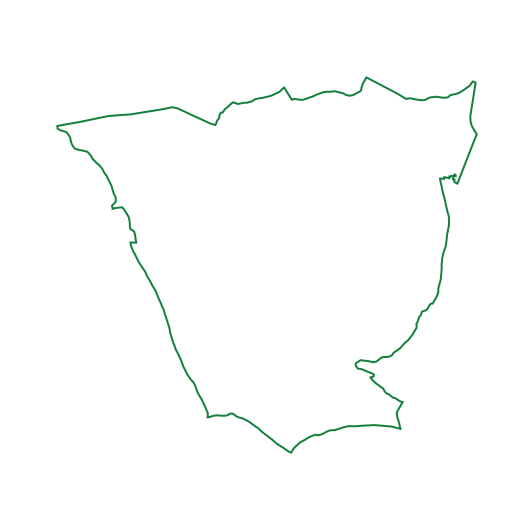 outline of Tlaquilpa, Veracruz, Mexico, rotated 185°
{"feature_id": "50627088B52599257884021", "entity_name": "Tlaquilpa", "entity_type": "district", "adm_level": 2, "iso_a3": "MEX", "parent_name": "Mexico", "parent_adm1": "Veracruz", "projection": "mercator", "projection_center": [-97.107, 18.613], "detail": "fine", "context": "isolated", "style": "outline", "palette": "green", "viewbox_px": 512, "rotation_deg": 185, "n_neighbors": 0, "source": "geoboundaries", "source_scale": "gbopen_adm2", "svg_char_len": 5418}
<svg xmlns="http://www.w3.org/2000/svg" viewBox="0 0 512 512"><g transform="rotate(185 256 256)"><path d="M52.3,447.8L55.1,448.8L56.2,447.4L57.8,444.5L60.4,442.2L63.4,439.6L67.9,436.2L71.2,434.7L75.3,433.6L76.8,432.8L78.4,431.0L80.8,430.2L83.6,430.0L87.7,430.2L91.6,430.3L94.2,429.5L96.0,429.3L99.3,427.4L101.3,426.2L103.8,425.6L105.7,425.6L108.7,425.8L112.4,426.1L116.8,426.6L120.0,425.5L129.0,429.9L137.8,433.6L144.8,436.5L153.6,440.2L161.6,443.5L163.2,439.9L164.6,437.2L164.9,435.3L165.6,433.1L165.6,430.4L166.7,429.0L169.1,427.6L171.2,426.2L173.2,424.8L176.7,423.8L180.5,424.3L183.1,425.6L187.4,426.3L191.9,427.0L196.9,426.0L200.1,425.8L203.6,424.8L206.3,423.6L209.3,422.3L213.5,419.8L216.9,418.3L219.7,417.0L223.2,415.6L226.7,415.5L231.0,415.9L233.9,414.8L239.1,421.6L242.6,426.3L244.3,424.8L245.8,422.7L247.9,420.9L250.8,419.3L254.6,417.1L258.7,415.6L263.3,414.1L268.0,413.0L270.2,412.2L270.8,412.0L271.1,411.8L273.2,409.9L274.2,409.5L278.3,407.9L281.5,407.6L285.3,406.4L287.5,405.8L289.2,406.4L292.1,407.1L293.7,405.8L295.5,404.0L297.3,401.8L300.0,399.3L300.3,398.6L301.9,395.8L303.5,395.8L303.9,395.0L304.3,393.9L304.8,391.6L304.7,390.3L306.6,387.2L307.3,384.5L307.9,382.9L312.4,383.8L318.9,386.1L323.1,387.6L327.3,389.1L333.0,391.1L338.8,393.3L347.2,396.3L352.1,396.9L362.6,393.9L367.2,392.7L374.1,391.0L379.6,389.6L387.2,387.7L392.6,386.3L398.1,385.4L404.8,384.3L415.6,382.5L418.1,381.7L427.9,378.8L436.5,376.2L443.6,374.1L449.8,372.4L454.7,371.1L460.3,369.6L465.3,368.2L465.0,366.9L464.9,365.8L463.7,365.1L462.2,364.3L460.9,364.0L459.1,363.6L457.8,363.5L455.7,362.8L454.3,361.5L452.6,359.5L451.5,357.9L451.1,356.5L450.7,355.0L450.0,353.0L449.2,351.4L448.3,349.8L446.0,347.3L444.4,346.8L442.4,346.5L441.6,346.2L439.6,346.1L438.2,345.9L435.7,345.6L433.2,345.2L432.0,344.2L430.7,342.9L428.8,340.9L427.3,338.6L425.6,337.2L423.3,335.0L421.1,333.6L419.0,331.9L416.1,328.5L414.3,325.6L411.9,323.0L409.8,319.2L407.9,316.4L406.0,313.1L404.6,309.3L402.8,305.1L401.1,302.8L400.7,300.6L400.4,298.1L401.4,296.3L402.3,295.4L403.3,294.4L403.9,293.0L403.3,292.1L402.6,291.3L402.8,290.5L402.2,290.7L400.5,291.4L397.2,292.2L393.7,292.8L393.0,292.3L391.9,291.2L390.5,289.6L389.1,287.8L387.7,285.8L386.4,284.1L385.5,281.7L384.6,277.8L383.9,272.5L383.0,271.7L381.5,271.1L379.5,269.7L378.4,266.7L377.4,262.4L376.4,258.9L382.3,258.5L381.6,255.7L380.7,253.9L378.4,249.3L377.0,247.6L374.9,244.0L372.9,240.8L370.9,237.9L367.9,234.2L365.1,230.8L362.7,226.3L359.4,221.9L356.3,216.9L353.9,213.9L351.9,210.5L350.1,206.8L349.1,204.9L346.6,200.5L345.0,197.3L343.0,194.0L341.9,190.7L340.4,187.2L338.7,183.3L337.3,179.8L336.0,176.8L334.9,172.2L333.5,168.8L332.5,166.3L331.1,162.7L329.5,159.8L327.7,155.8L325.1,151.8L321.7,145.8L318.9,139.8L314.1,132.0L310.6,127.7L306.8,124.0L305.2,121.3L303.9,118.4L301.8,114.1L297.7,108.5L294.3,102.8L290.4,95.4L290.1,93.1L290.2,91.1L286.5,92.1L286.1,92.5L283.9,93.3L280.4,93.9L277.9,93.9L274.5,94.0L271.0,94.6L267.8,96.9L265.6,96.9L264.1,96.3L261.7,94.6L258.6,93.6L255.3,93.1L252.2,91.9L248.3,90.2L246.1,88.8L242.6,86.7L241.4,85.9L239.5,85.3L236.5,82.7L233.9,80.8L229.3,77.9L224.1,74.6L219.2,71.0L216.9,69.8L214.9,68.7L212.8,67.7L209.7,65.9L206.3,64.0L203.9,63.2L202.5,65.6L201.7,67.6L198.7,71.1L195.5,74.4L191.6,76.9L187.5,80.0L184.1,81.9L180.6,83.2L178.6,82.7L176.6,83.4L174.2,84.5L171.5,86.4L168.6,88.1L166.3,88.9L161.7,89.6L158.4,91.1L154.7,92.7L150.9,94.1L146.9,94.8L142.3,95.0L137.6,95.8L132.7,96.6L128.6,97.1L123.6,97.9L116.9,97.9L105.7,97.9L97.1,96.4L99.3,103.3L101.3,107.9L102.1,112.2L101.0,115.1L100.1,116.9L97.2,123.3L99.1,123.6L102.0,124.9L104.6,126.4L107.5,127.0L109.4,128.4L111.9,129.9L113.7,130.4L114.7,131.0L116.7,133.2L117.6,135.0L120.2,136.4L122.6,138.0L125.3,139.5L127.6,141.4L129.2,142.7L130.4,143.6L131.0,144.4L131.2,145.2L130.2,145.3L128.8,146.0L128.2,146.8L128.2,148.2L130.6,149.3L135.6,150.7L138.9,151.9L141.3,152.6L142.6,152.5L144.8,152.8L146.3,154.3L147.1,156.2L147.3,156.7L147.2,157.9L146.0,158.8L142.6,161.4L141.6,161.2L138.9,161.1L137.3,161.2L133.9,161.0L132.4,160.7L129.3,160.5L127.5,161.1L126.8,161.5L124.9,163.1L123.8,164.2L122.9,165.0L121.8,165.9L120.7,166.4L118.0,166.7L115.8,167.0L114.5,167.4L112.4,168.6L111.5,169.6L110.6,171.4L110.2,171.9L107.9,173.6L106.2,175.1L103.9,177.2L100.6,181.9L99.3,183.2L97.6,184.8L96.8,185.7L96.5,186.5L95.9,187.1L95.1,188.4L93.4,191.0L92.6,192.7L91.8,194.4L90.0,198.0L89.8,199.6L89.9,200.7L90.3,202.4L89.2,204.6L88.8,206.4L88.5,208.4L87.7,210.0L87.3,210.4L86.3,212.1L86.1,213.8L85.9,214.9L84.2,215.8L81.9,216.7L80.4,218.5L79.4,221.2L77.7,223.7L77.4,223.8L75.8,224.0L73.4,229.3L72.3,232.0L71.4,234.8L71.3,235.4L71.5,239.3L71.2,242.2L71.1,242.6L70.6,244.5L69.9,249.5L69.9,260.2L70.1,260.9L70.3,264.2L70.3,266.1L70.2,268.3L70.3,269.8L69.5,276.0L69.1,277.1L68.9,278.0L68.1,281.1L67.8,283.2L67.6,286.4L67.6,286.6L67.5,291.9L67.5,294.7L67.3,295.2L66.5,303.9L66.5,304.4L67.3,312.1L69.6,318.1L70.5,320.9L72.0,325.9L73.8,331.5L75.1,334.9L75.3,335.7L76.3,337.9L77.1,341.4L78.3,345.0L78.4,345.5L78.5,345.8L79.5,349.2L79.3,349.3L77.5,349.3L75.2,349.3L75.3,350.9L72.6,350.7L70.2,350.3L70.2,351.3L70.3,351.9L69.2,351.7L68.7,352.9L66.4,352.5L66.0,353.3L65.7,354.0L65.1,354.5L64.3,354.3L64.1,352.9L65.8,353.3L66.2,352.5L66.5,349.6L64.9,349.5L65.0,347.2L64.7,346.9L61.7,345.7L57.8,358.9L54.5,370.2L51.3,381.0L49.9,385.9L46.7,396.6L48.1,398.3L52.3,404.3L53.9,408.2L54.7,413.8L53.9,425.1L52.3,447.8Z" fill="none" stroke="#15803d" stroke-width="2"/></g></svg>